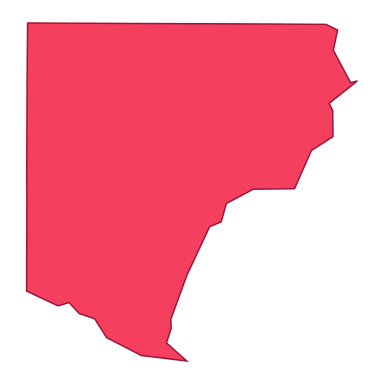 outline of Forsyth, Georgia, United States of America
{"feature_id": "52423323B49486175403600", "entity_name": "Forsyth", "entity_type": "district", "adm_level": 2, "iso_a3": "USA", "parent_name": "United States of America", "parent_adm1": "Georgia", "projection": "robinson", "projection_center": [-84.104, 34.193], "detail": "fine", "context": "isolated", "style": "filled", "palette": "rose", "viewbox_px": 384, "rotation_deg": 0, "n_neighbors": 0, "source": "geoboundaries", "source_scale": "gbopen_adm2", "svg_char_len": 531}
<svg xmlns="http://www.w3.org/2000/svg" viewBox="0 0 384 384"><path d="M26.9,200.3L26.6,291.1L57.9,305.8L69.1,302.6L79.2,313.5L79.3,313.6L94.6,318.7L106.6,337.6L141.3,355.5L186.7,361.0L166.5,342.9L171.2,328.2L170.8,319.3L186.9,275.2L209.6,226.7L221.2,221.8L226.4,203.5L253.1,189.2L294.5,188.7L311.4,150.5L333.0,136.6L332.7,110.4L329.1,103.4L357.4,80.9L350.6,82.7L333.3,50.2L337.6,30.1L326.1,24.4L265.2,24.0L136.3,23.5L27.6,23.0L27.1,78.8L26.9,139.5L26.7,174.9L26.9,200.3Z" fill="#f43f5e" stroke="#9f1239" stroke-width="1.5"/></svg>